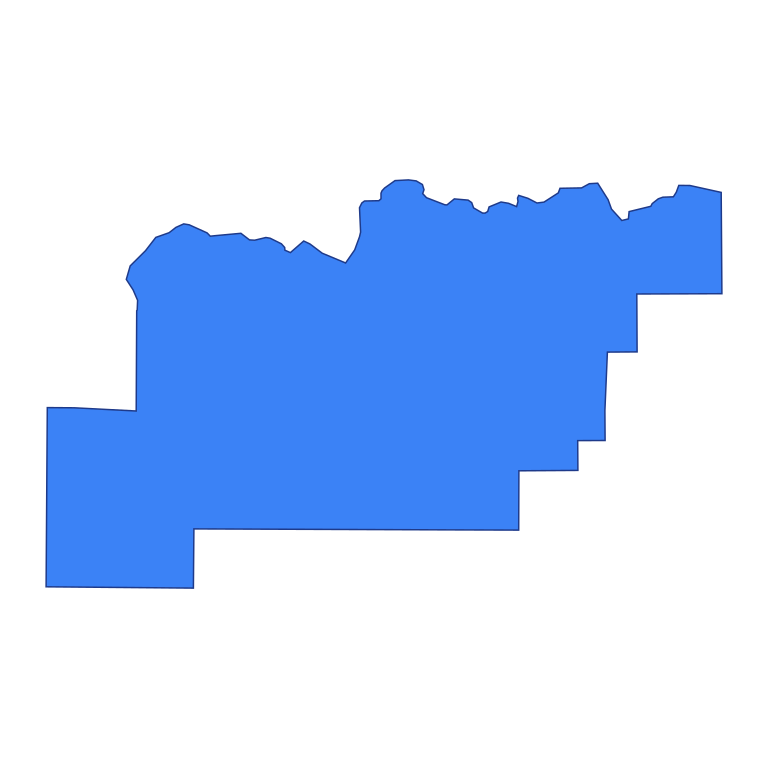 Clark, Idaho, United States of America (orthographic projection)
{"feature_id": "52423323B27983791088415", "entity_name": "Clark", "entity_type": "district", "adm_level": 2, "iso_a3": "USA", "parent_name": "United States of America", "parent_adm1": "Idaho", "projection": "orthographic", "projection_center": [-112.256, 44.271], "detail": "fine", "context": "isolated", "style": "filled", "palette": "blue", "viewbox_px": 768, "rotation_deg": 0, "n_neighbors": 0, "source": "geoboundaries", "source_scale": "gbopen_adm2", "svg_char_len": 1352}
<svg xmlns="http://www.w3.org/2000/svg" viewBox="0 0 768 768"><path d="M47.3,407.6L46.1,586.8L193.4,588.1L193.9,528.9L458.9,529.9L518.7,530.1L518.9,470.8L577.9,470.4L577.7,440.6L605.1,440.5L604.9,410.6L607.4,352.1L637.1,351.9L636.8,294.0L721.9,293.7L721.2,192.4L689.9,185.5L678.8,185.4L676.3,192.2L673.4,196.8L662.8,197.2L658.3,198.8L652.2,203.6L650.8,206.3L629.1,211.6L628.4,218.9L621.8,220.5L611.5,209.1L608.1,199.7L597.7,183.2L589.3,183.7L581.6,187.9L560.0,188.3L558.3,192.9L544.0,202.1L537.0,203.0L527.9,198.3L518.7,195.4L517.5,198.1L518.0,201.5L516.6,206.6L508.6,203.3L501.0,202.0L489.1,206.9L487.7,211.5L485.1,213.1L482.6,213.1L473.6,207.9L471.7,202.6L468.1,200.1L454.3,198.9L447.0,204.9L444.9,204.8L426.5,197.7L422.7,193.6L424.0,189.7L422.4,184.5L416.2,180.9L408.5,179.9L395.0,180.6L384.6,188.0L382.0,190.8L381.0,193.2L381.0,198.8L378.9,200.7L364.5,201.0L361.8,203.0L359.5,207.7L360.6,232.1L359.5,236.8L354.7,249.9L345.6,263.0L322.2,253.2L310.0,244.0L303.7,241.0L290.4,252.6L284.9,250.2L284.7,247.5L281.4,243.8L270.1,238.2L265.9,237.5L254.7,240.2L249.5,239.9L240.9,233.3L214.8,235.7L210.3,236.2L207.1,232.9L189.2,224.8L183.7,223.9L175.9,227.4L169.1,232.7L155.8,237.4L145.5,250.7L130.2,265.9L126.3,279.4L133.1,289.9L137.6,300.3L137.2,310.0L136.7,310.7L136.2,411.0L74.2,407.8L47.3,407.6Z" fill="#3b82f6" stroke="#1e3a8a" stroke-width="1.5"/></svg>